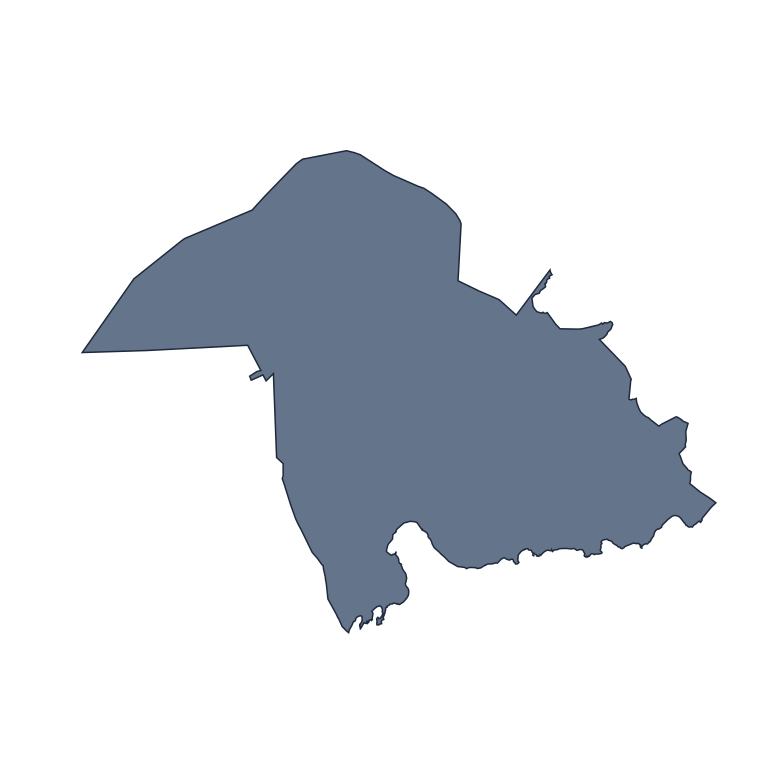 Malvik nor, Sør-Trøndelag, Norway, rotated 161°
{"feature_id": "86288312B36520451776758", "entity_name": "Malvik nor", "entity_type": "district", "adm_level": 2, "iso_a3": "NOR", "parent_name": "Norway", "parent_adm1": "Sør-Trøndelag", "projection": "orthographic", "projection_center": [10.725, 63.369], "detail": "fine", "context": "isolated", "style": "filled", "palette": "slate", "viewbox_px": 768, "rotation_deg": 161, "n_neighbors": 0, "source": "geoboundaries", "source_scale": "gbopen_adm2", "svg_char_len": 6147}
<svg xmlns="http://www.w3.org/2000/svg" viewBox="0 0 768 768"><g transform="rotate(161 384 384)"><path d="M659.1,512.0L597.1,492.8L500.3,465.0L496.0,436.8L500.1,437.2L508.5,435.1L508.3,430.8L495.5,432.0L494.5,425.3L485.2,429.8L509.5,349.4L505.3,341.7L509.3,329.8L511.0,327.7L511.0,322.0L511.6,299.5L511.4,285.0L510.7,278.6L509.9,274.2L506.7,248.2L503.8,241.0L501.3,232.8L500.7,232.2L501.4,228.9L502.4,220.0L502.7,219.6L503.6,213.9L507.0,198.9L504.0,181.7L503.7,178.2L503.2,176.2L502.5,168.2L499.9,162.8L498.4,160.4L497.0,162.6L493.0,166.2L490.8,168.7L490.0,169.3L489.0,169.0L487.6,170.2L487.4,171.1L486.0,172.2L483.8,172.7L481.8,172.5L480.9,172.0L480.6,170.7L481.6,167.6L482.0,167.0L484.6,164.5L485.1,164.7L485.9,162.6L485.4,162.4L486.1,160.4L486.7,160.5L486.1,160.1L485.9,160.7L484.8,161.0L480.9,164.7L480.4,164.7L480.0,164.0L478.9,163.4L478.2,163.6L477.9,164.4L477.6,163.0L475.5,164.1L475.6,164.4L476.7,163.9L476.8,164.9L473.7,165.6L473.0,165.2L473.3,165.1L472.9,164.4L472.7,164.5L473.0,165.1L472.8,165.2L472.4,164.7L471.6,165.2L471.8,165.7L469.2,170.4L469.2,171.6L469.6,172.6L469.4,173.0L466.4,174.6L463.0,175.7L460.6,175.7L459.6,174.9L458.9,173.6L458.9,171.6L459.2,170.3L459.9,169.4L459.5,168.1L460.0,167.7L459.8,166.9L460.0,166.5L460.7,166.3L460.5,165.9L461.0,165.5L462.4,165.1L462.5,164.6L463.2,163.9L465.1,163.8L465.4,165.1L465.9,165.4L467.4,164.4L467.7,163.1L467.7,162.0L468.6,160.5L469.1,158.6L467.3,157.9L466.4,158.4L464.3,158.1L464.1,158.4L464.3,158.8L463.8,160.0L463.8,160.6L463.1,161.3L461.0,161.4L461.1,162.0L460.6,162.5L460.9,163.6L459.5,164.9L460.0,165.2L459.9,165.5L459.4,165.5L457.7,167.0L457.2,168.3L456.3,169.2L456.4,169.7L455.0,171.9L453.9,172.0L454.0,172.3L453.6,172.8L451.6,173.1L449.8,173.9L447.6,173.3L446.2,173.7L444.8,173.0L443.4,171.7L442.8,171.4L442.4,171.7L441.8,170.7L440.9,170.5L436.5,171.6L432.2,174.1L430.1,175.9L428.8,177.9L428.3,179.7L427.8,180.5L427.9,181.2L427.8,182.8L429.0,186.1L428.9,188.2L427.4,190.1L425.7,193.3L425.3,196.9L425.3,198.3L426.1,200.3L426.7,203.6L426.6,205.9L426.8,207.2L426.3,207.7L426.6,208.6L427.6,209.3L427.9,210.9L427.2,213.5L427.3,215.6L428.8,219.4L427.6,220.3L427.4,221.0L427.7,221.1L428.3,220.2L429.9,219.6L430.6,220.1L432.6,219.6L434.6,222.0L436.0,224.4L436.2,225.2L433.0,230.3L431.4,231.6L426.7,234.4L425.9,235.7L425.1,237.9L424.0,239.1L420.8,240.2L420.6,240.4L420.8,241.1L418.9,242.6L410.5,246.1L403.8,245.6L399.7,243.7L397.9,242.2L395.5,233.6L395.1,233.8L395.3,233.2L393.6,231.6L391.8,229.0L391.5,226.7L391.9,225.7L391.9,224.3L390.6,221.7L390.4,219.7L390.5,216.9L389.8,212.8L386.4,206.8L385.2,204.1L383.4,201.2L380.5,195.1L373.8,187.4L367.5,184.4L366.0,182.5L363.6,182.8L361.4,182.2L357.0,180.4L356.0,179.2L352.3,178.6L347.9,179.7L347.5,179.7L347.5,178.9L347.2,179.7L344.6,180.0L340.3,178.7L336.7,178.5L335.1,177.7L330.5,180.1L327.6,180.7L326.9,180.6L325.1,178.4L323.0,176.8L322.4,176.6L321.2,177.0L319.4,176.3L319.1,175.7L319.3,173.8L318.2,171.9L318.3,171.0L316.6,170.5L314.6,171.2L314.6,172.2L314.9,172.8L314.5,174.9L313.6,176.4L313.4,177.6L312.3,178.9L308.9,181.0L306.3,181.8L304.9,181.9L305.2,181.6L302.6,181.8L301.5,181.4L301.4,180.2L298.8,178.6L298.6,176.2L298.1,175.6L298.9,173.8L299.4,174.3L299.0,173.6L297.8,172.2L298.9,173.7L298.0,175.6L297.3,175.4L297.2,174.5L295.4,172.8L295.2,172.2L295.6,172.1L295.6,171.7L293.7,170.6L293.4,171.1L292.1,171.7L291.5,171.6L291.4,171.0L290.3,171.8L286.5,173.4L283.5,173.7L280.8,172.1L279.9,172.0L279.5,172.6L279.5,171.5L279.1,170.7L277.3,171.7L274.1,170.9L271.7,171.2L265.2,169.2L260.5,167.0L257.9,166.7L255.8,163.9L252.3,163.6L250.4,162.7L250.0,161.9L249.7,159.5L249.3,158.3L250.5,156.8L250.5,155.8L249.4,154.6L248.3,154.2L248.1,154.2L248.2,154.9L247.4,154.3L246.5,154.6L246.5,154.3L246.0,154.3L244.1,155.6L242.8,155.9L242.0,155.6L240.4,154.1L239.9,154.5L236.3,153.3L233.3,153.0L232.8,153.5L232.7,154.0L233.8,156.1L232.0,158.9L231.6,160.0L231.4,161.2L229.8,162.3L230.2,164.0L229.4,164.8L229.2,165.0L229.5,164.6L227.3,165.2L223.7,164.6L222.5,163.0L220.9,162.1L219.5,160.3L219.5,159.4L218.2,157.4L216.4,155.6L215.6,153.7L214.1,153.1L213.9,152.7L213.9,151.9L212.4,150.7L210.5,151.1L208.8,151.9L199.8,152.4L197.7,151.0L195.1,150.4L194.8,149.2L193.7,148.1L193.8,147.5L194.4,147.4L194.6,146.6L194.2,145.2L193.6,144.9L193.3,146.2L191.4,147.4L189.2,147.8L186.8,147.0L184.9,148.3L184.4,148.1L182.6,149.1L182.4,149.8L178.7,152.5L176.7,155.4L174.7,157.1L172.4,157.8L171.4,157.3L168.1,158.2L167.6,159.4L166.9,159.9L159.8,163.4L154.9,165.1L153.4,165.3L151.5,164.9L148.8,163.2L147.8,161.9L146.8,159.6L145.5,155.5L144.6,153.5L144.6,152.4L143.8,151.9L143.3,150.6L142.0,149.3L140.1,149.0L138.9,148.3L137.2,149.7L134.9,150.1L131.1,151.7L130.0,151.4L130.0,150.2L129.6,150.1L127.5,151.9L127.7,152.2L127.7,152.7L126.3,153.8L114.6,161.0L108.9,163.6L112.9,169.6L120.4,179.2L127.3,190.3L125.6,193.0L124.0,197.6L122.1,200.7L123.0,202.2L124.5,203.6L124.8,205.2L127.3,211.3L127.4,219.5L127.7,222.1L119.4,226.3L118.9,228.6L116.5,232.5L114.1,240.9L109.3,247.8L113.8,252.0L114.1,253.1L117.3,257.1L118.6,257.9L134.7,255.6L137.8,254.6L143.3,263.0L144.9,266.0L145.9,266.8L148.0,269.3L150.4,273.9L151.0,278.1L151.1,283.3L151.0,284.6L150.2,288.3L152.4,288.1L154.0,288.7L155.9,288.6L157.3,290.0L150.5,304.9L149.6,306.9L148.7,307.8L150.1,322.1L165.9,356.1L162.4,356.0L160.2,356.7L157.1,358.4L155.8,360.1L151.8,361.9L148.3,365.9L148.4,366.3L148.3,367.7L149.7,369.5L152.9,368.9L155.6,370.3L157.7,369.3L158.3,370.8L161.8,370.0L178.7,371.7L182.3,372.6L199.6,378.9L202.2,384.6L206.4,398.4L208.3,398.2L209.8,399.1L210.3,400.1L211.4,399.6L211.9,399.8L215.6,402.3L216.9,404.9L217.3,406.4L217.8,408.9L216.2,417.0L212.1,419.4L207.6,419.3L205.9,421.2L199.8,423.2L199.4,423.8L199.3,426.4L198.1,426.4L197.3,427.5L196.9,427.6L196.2,429.3L195.5,429.8L192.9,430.1L192.8,432.0L189.5,432.6L189.9,433.3L190.1,436.9L189.9,437.8L236.5,406.1L247.8,426.4L264.1,441.2L280.4,457.5L259.0,510.2L259.0,513.6L260.7,521.6L266.5,533.8L276.0,547.6L282.5,556.0L287.8,560.2L307.2,578.1L313.7,585.4L331.8,608.5L336.6,612.3L343.5,616.8L387.8,623.1L395.3,620.8L435.7,600.3L452.0,591.4L521.8,586.7L525.2,586.4L528.6,585.4L586.2,564.9L659.1,512.0Z" fill="#64748b" stroke="#1e293b" stroke-width="1.5"/></g></svg>